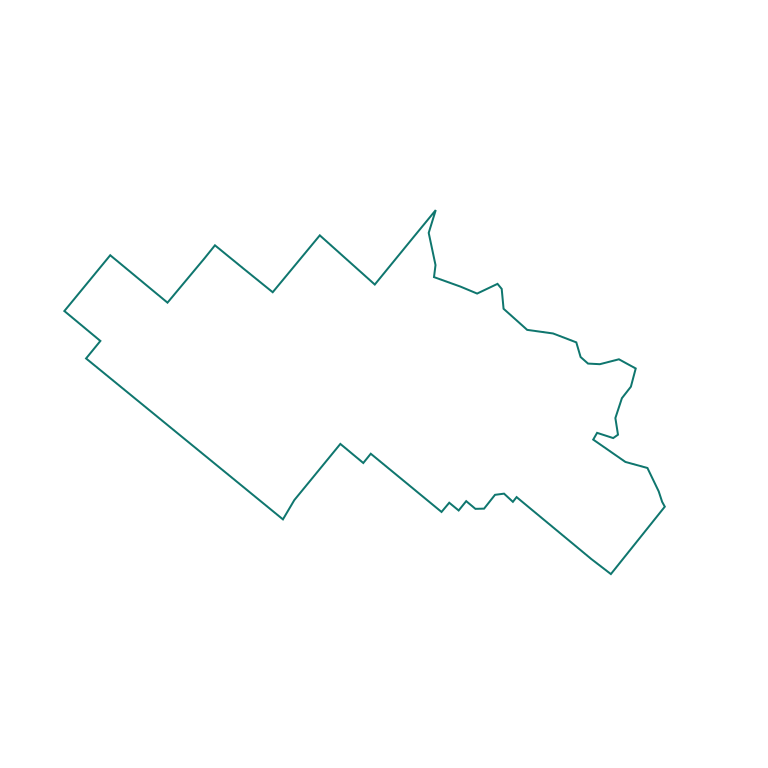 the district of Logan, Arkansas, United States of America, rotated 38°
{"feature_id": "52423323B80163147366525", "entity_name": "Logan", "entity_type": "district", "adm_level": 2, "iso_a3": "USA", "parent_name": "United States of America", "parent_adm1": "Arkansas", "projection": "robinson", "projection_center": [-93.629, 35.225], "detail": "fine", "context": "isolated", "style": "outline", "palette": "teal", "viewbox_px": 768, "rotation_deg": 38, "n_neighbors": 0, "source": "geoboundaries", "source_scale": "gbopen_adm2", "svg_char_len": 894}
<svg xmlns="http://www.w3.org/2000/svg" viewBox="0 0 768 768"><g transform="rotate(38 384 384)"><path d="M680.8,307.8L675.7,305.6L666.6,299.5L643.3,288.0L622.2,296.8L583.1,299.0L582.0,291.3L597.9,285.5L599.6,279.9L587.3,268.4L580.2,248.7L580.2,234.1L572.8,216.8L553.9,219.9L541.9,235.5L532.2,242.3L522.3,241.7L509.9,232.8L486.1,240.1L463.5,253.2L431.9,251.1L418.2,236.6L411.8,235.2L401.7,255.4L384.2,260.2L357.6,269.0L351.4,258.6L326.2,237.4L317.7,215.1L316.8,251.8L315.5,311.3L241.9,306.4L239.8,380.2L203.0,379.6L165.4,378.8L165.2,393.1L165.2,394.5L163.3,453.2L89.0,451.1L88.1,487.1L87.2,523.3L134.0,524.7L133.5,547.3L387.7,552.9L384.8,530.7L386.5,458.1L416.3,459.0L416.5,447.1L508.1,449.4L508.5,437.4L520.7,437.7L520.9,425.7L532.9,426.1L539.6,420.6L539.7,403.0L546.1,396.5L558.1,397.5L558.1,391.5L655.3,394.3L679.8,394.1L680.8,307.8Z" fill="none" stroke="#0f766e" stroke-width="2"/></g></svg>